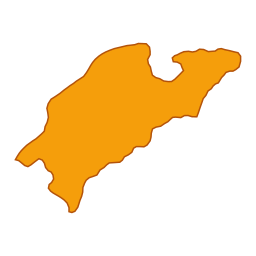 Alpercata, Minas Gerais, Brazil
{"feature_id": "56859067B994908166412", "entity_name": "Alpercata", "entity_type": "district", "adm_level": 2, "iso_a3": "BRA", "parent_name": "Brazil", "parent_adm1": "Minas Gerais", "projection": "natural_earth1", "projection_center": [-42.012, -18.997], "detail": "fine", "context": "isolated", "style": "filled", "palette": "amber", "viewbox_px": 256, "rotation_deg": 0, "n_neighbors": 0, "source": "geoboundaries", "source_scale": "gbopen_adm2", "svg_char_len": 2086}
<svg xmlns="http://www.w3.org/2000/svg" viewBox="0 0 256 256"><path d="M240.6,56.2L238.0,52.7L234.0,51.8L229.3,50.6L225.0,49.7L221.3,48.6L218.0,49.1L215.1,51.1L212.1,51.3L208.3,51.6L203.6,49.5L199.5,49.2L196.0,51.3L192.4,52.0L188.5,51.3L183.9,51.7L180.3,53.2L177.3,54.8L174.7,55.7L172.3,57.9L173.3,61.7L177.2,62.1L180.8,64.0L182.0,67.4L183.5,70.6L179.1,75.1L174.8,79.3L171.6,81.5L168.3,81.6L163.7,81.0L159.7,78.7L155.8,77.6L152.4,75.2L151.3,71.3L150.4,67.0L148.4,63.8L147.6,59.5L150.1,54.7L150.1,51.3L149.5,47.2L146.3,43.8L142.0,43.6L138.3,43.5L134.8,44.7L130.7,45.2L127.0,45.6L122.4,46.7L118.6,47.6L114.4,48.6L110.0,50.2L105.7,52.0L102.0,54.0L98.8,56.2L95.2,59.4L92.7,62.4L90.8,65.3L88.7,69.0L86.5,72.6L83.6,76.5L79.9,78.9L76.3,81.2L73.4,83.5L70.1,85.6L67.2,87.8L64.0,90.1L60.1,93.3L55.4,96.5L51.1,99.2L48.2,103.7L46.9,108.3L47.8,112.8L48.4,117.4L47.2,122.3L45.1,126.6L44.3,131.2L41.5,134.0L38.9,136.3L35.9,138.9L32.9,140.8L30.3,142.7L26.7,145.3L23.7,148.2L21.3,150.7L19.3,153.2L17.2,156.5L15.4,159.7L18.7,160.6L21.1,162.5L24.7,165.5L27.9,166.6L31.0,164.8L34.9,161.7L38.9,158.7L42.3,160.1L44.4,163.2L45.6,167.5L48.2,170.7L51.2,172.1L53.0,175.0L53.6,179.1L51.6,182.5L49.2,184.5L48.4,188.2L50.6,191.1L53.0,192.9L55.9,194.6L58.7,196.2L61.5,198.0L64.2,200.0L67.1,203.0L69.0,207.6L69.0,211.7L71.9,212.5L74.9,211.3L77.8,207.2L78.9,203.8L79.9,200.5L81.6,196.4L82.7,192.1L82.9,187.5L84.6,183.1L86.2,180.2L89.2,177.7L93.1,176.4L96.9,175.0L100.0,170.0L104.0,167.5L106.7,164.8L109.3,162.9L115.6,162.5L119.8,162.2L122.4,160.1L124.4,156.8L128.4,154.8L131.8,152.3L133.6,148.2L136.3,146.6L140.2,146.6L144.0,146.8L147.1,145.0L150.1,140.8L151.0,137.1L151.3,133.2L152.5,128.9L156.1,127.1L160.7,126.2L164.6,123.5L167.9,121.7L170.3,119.4L172.6,117.4L175.6,117.1L180.8,117.6L184.4,115.6L188.1,115.5L192.0,116.7L196.8,116.8L198.4,112.6L200.1,107.4L202.0,102.1L203.2,98.6L205.9,95.4L208.0,91.0L211.3,88.7L213.1,86.0L215.5,83.9L218.3,82.9L220.0,80.1L221.6,77.5L224.0,75.1L226.0,72.4L229.8,71.1L233.0,71.1L235.6,69.7L239.0,67.0L240.6,61.3L240.6,56.2Z" fill="#f59e0b" stroke="#b45309" stroke-width="1.5"/></svg>